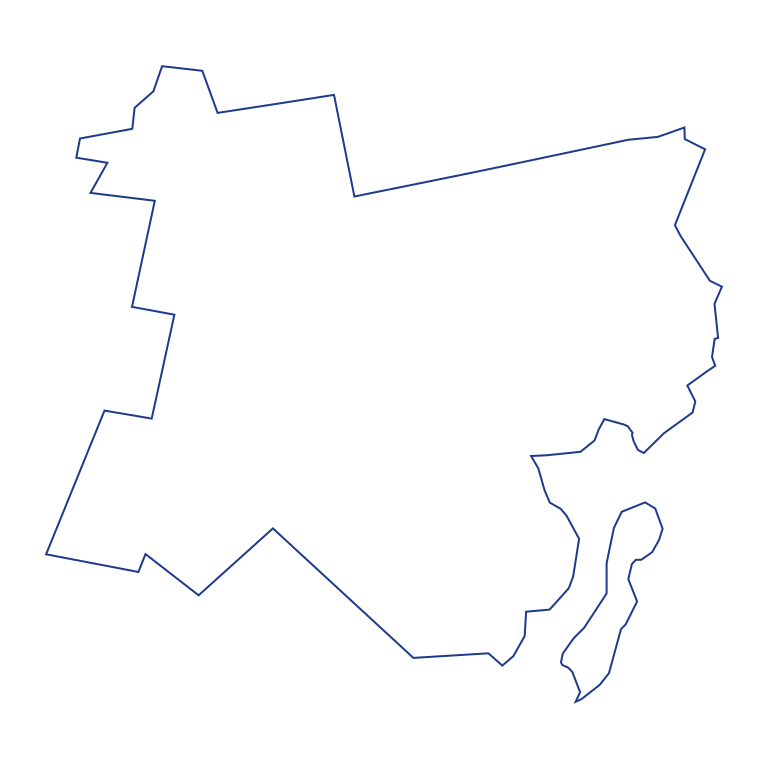 Waldo, Maine, United States of America (Robinson projection)
{"feature_id": "52423323B44726132031324", "entity_name": "Waldo", "entity_type": "district", "adm_level": 2, "iso_a3": "USA", "parent_name": "United States of America", "parent_adm1": "Maine", "projection": "robinson", "projection_center": [-69.016, 44.486], "detail": "fine", "context": "isolated", "style": "outline", "palette": "blue", "viewbox_px": 768, "rotation_deg": 0, "n_neighbors": 0, "source": "geoboundaries", "source_scale": "gbopen_adm2", "svg_char_len": 1380}
<svg xmlns="http://www.w3.org/2000/svg" viewBox="0 0 768 768"><path d="M705.1,149.3L684.8,139.1L684.4,127.5L657.8,136.9L628.0,139.8L516.0,163.5L471.4,172.8L354.4,196.5L334.0,94.9L275.4,104.0L217.6,112.9L202.3,70.8L162.1,66.2L153.4,91.3L134.6,107.8L132.3,128.8L80.0,138.5L76.3,157.7L107.4,162.8L90.5,192.9L154.8,200.8L132.0,306.9L174.4,314.7L151.7,418.6L104.5,410.6L46.1,554.3L138.4,572.0L145.5,554.1L198.6,595.3L272.9,528.4L413.4,657.9L488.4,653.3L502.3,665.6L513.3,656.2L524.7,636.0L526.1,611.7L535.2,610.9L549.6,609.6L568.8,588.2L573.1,576.7L579.1,538.8L566.7,516.0L560.8,508.9L549.8,502.6L544.5,490.1L538.4,468.6L531.1,456.0L546.3,455.3L569.9,452.9L580.5,451.8L594.5,440.5L598.8,429.3L604.4,419.1L624.1,424.6L627.8,426.3L632.6,432.9L631.9,434.8L633.7,441.3L637.9,450.0L643.8,453.0L658.7,438.4L664.1,433.1L692.6,412.5L695.3,401.4L687.3,385.5L706.6,371.6L715.2,365.8L712.0,356.9L714.7,338.8L718.1,338.0L714.5,303.9L721.9,286.7L709.9,280.8L680.4,235.7L674.9,225.2L705.1,149.3ZM561.0,662.3L562.2,664.9L568.3,667.7L572.3,671.9L580.1,692.2L575.6,701.8L581.2,699.3L599.8,684.8L609.0,673.1L621.0,629.1L625.6,624.5L637.1,601.5L628.3,579.1L631.9,564.1L635.8,559.8L641.2,559.8L652.1,552.2L659.1,539.9L662.6,528.7L655.2,508.5L645.1,502.4L621.7,511.8L613.9,528.0L606.6,563.2L606.6,593.5L584.2,627.7L573.8,638.1L562.8,653.5L561.0,662.3Z" fill="none" stroke="#1e3a8a" stroke-width="2"/></svg>